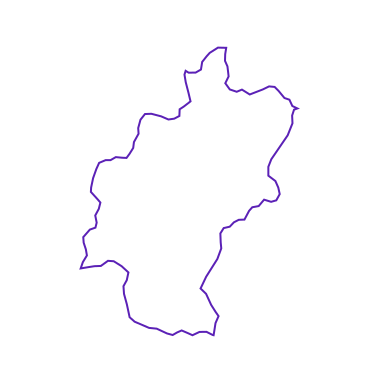 Växjö, Kronoberg, Sweden (Albers equal-area conic projection), rotated 212°
{"feature_id": "70781695B32930756633279", "entity_name": "Växjö", "entity_type": "district", "adm_level": 2, "iso_a3": "SWE", "parent_name": "Sweden", "parent_adm1": "Kronoberg", "projection": "albers", "projection_center": [14.91, 56.945], "detail": "fine", "context": "isolated", "style": "outline", "palette": "violet", "viewbox_px": 384, "rotation_deg": 212, "n_neighbors": 0, "source": "geoboundaries", "source_scale": "gbopen_adm2", "svg_char_len": 1665}
<svg xmlns="http://www.w3.org/2000/svg" viewBox="0 0 384 384"><g transform="rotate(212 192 192)"><path d="M146.9,318.7L152.5,318.1L158.3,321.9L163.4,320.7L172.1,323.6L177.6,324.9L182.6,322.4L186.3,316.5L194.7,305.3L203.9,305.3L207.2,300.7L214.3,299.0L221.4,301.9L222.2,309.4L225.2,313.2L228.5,317.3L233.5,320.7L236.9,326.5L239.4,332.4L246.5,328.2L250.7,319.4L251.5,314.8L252.3,307.7L249.3,300.6L252.2,295.2L258.1,291.4L261.6,291.4L260.6,287.6L255.5,281.8L247.6,274.3L241.3,268.1L244.2,260.2L246.3,255.6L243.0,249.8L245.9,244.8L250.4,241.0L258.3,239.8L267.9,236.8L273.2,233.2L274.0,226.0L271.5,217.7L268.2,213.1L267.7,203.6L265.2,198.2L265.2,191.2L265.6,186.2L269.3,184.1L275.1,181.2L278.0,175.8L282.1,173.3L286.2,167.5L285.3,160.8L283.2,151.3L279.9,142.3L277.8,138.5L267.9,135.7L264.1,134.5L262.1,128.3L261.6,120.8L256.6,115.5L255.0,110.6L258.7,106.0L260.3,96.1L257.0,91.6L251.6,87.1L247.5,82.5L247.4,74.7L245.9,68.2L239.8,73.6L235.4,77.4L230.1,81.0L226.8,89.1L221.7,91.8L212.4,91.8L203.3,90.1L200.6,82.7L200.2,75.8L195.7,69.6L187.8,62.3L178.5,52.7L173.5,51.9L172.0,51.6L156.4,54.0L149.5,57.4L138.2,58.8L132.6,60.5L130.2,65.0L127.4,69.1L120.9,70.1L115.7,70.8L111.5,77.3L105.6,81.1L98.7,81.7L97.8,82.0L99.9,87.0L102.6,93.3L103.7,100.8L108.4,102.8L115.9,106.4L126.1,113.1L133.6,114.7L135.1,127.7L135.0,148.6L137.3,159.7L140.9,164.4L146.0,171.9L146.0,178.2L141.6,182.6L140.4,188.5L137.6,193.2L132.9,196.4L133.6,206.3L132.8,211.0L128.0,215.4L126.8,223.7L119.7,225.6L116.1,229.6L116.5,236.7L121.2,241.5L127.1,245.5L135.9,246.3L140.6,253.8L142.1,261.8L140.9,290.8L143.2,303.5L147.6,309.9L149.1,315.9L146.9,318.7Z" fill="none" stroke="#5b21b6" stroke-width="2"/></g></svg>